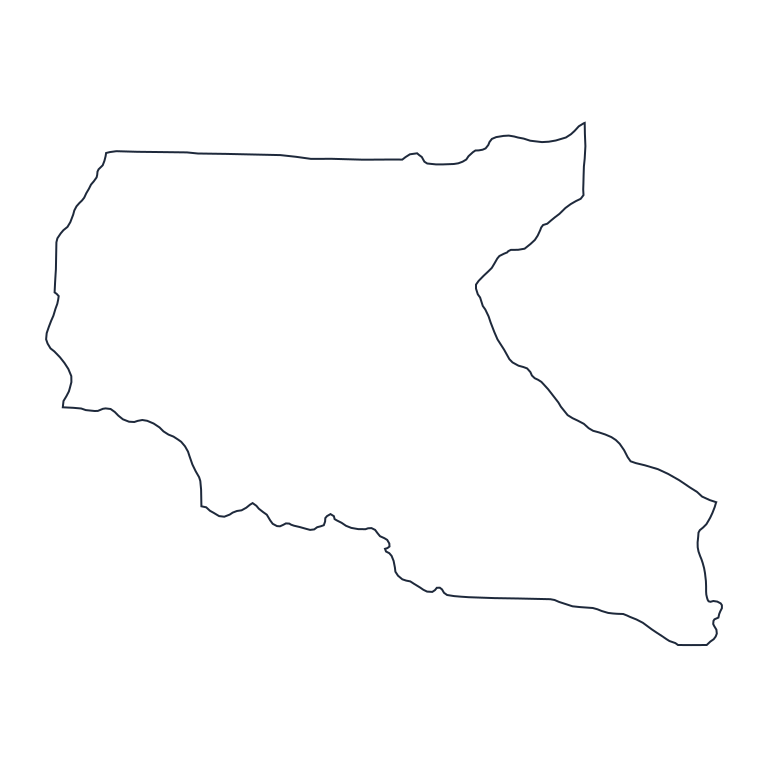 the district of Ivindo, Ogooué-Ivindo, Gabon
{"feature_id": "22940354B21315660080276", "entity_name": "Ivindo", "entity_type": "district", "adm_level": 2, "iso_a3": "GAB", "parent_name": "Gabon", "parent_adm1": "Ogooué-Ivindo", "projection": "mercator", "projection_center": [13.138, 0.623], "detail": "fine", "context": "isolated", "style": "outline", "palette": "slate", "viewbox_px": 768, "rotation_deg": 0, "n_neighbors": 0, "source": "geoboundaries", "source_scale": "gbopen_adm2", "svg_char_len": 4598}
<svg xmlns="http://www.w3.org/2000/svg" viewBox="0 0 768 768"><path d="M116.6,151.2L115.5,151.3L109.8,152.1L106.1,153.0L105.6,156.2L104.4,160.9L102.7,165.3L98.6,169.3L97.5,171.6L97.2,174.9L96.6,177.4L93.8,181.3L91.0,184.6L88.9,188.8L86.3,193.2L84.2,197.7L82.0,200.5L79.4,203.0L76.5,206.3L74.3,210.5L73.2,214.6L70.3,222.2L67.5,226.9L63.4,230.2L60.7,233.4L57.4,238.3L56.4,242.3L56.1,258.2L55.9,269.3L55.5,275.5L55.1,282.2L54.6,292.4L56.7,293.9L58.7,296.1L58.2,299.5L57.3,303.8L55.5,308.7L53.4,315.7L51.2,320.7L48.9,326.7L46.7,333.1L46.1,339.3L47.6,343.6L50.5,348.4L54.3,351.4L60.0,357.3L64.4,362.9L68.3,368.9L71.3,376.1L71.4,382.1L70.0,387.5L68.9,391.4L66.4,396.2L63.5,401.0L62.8,407.3L73.2,407.8L81.2,408.5L85.8,410.1L94.7,411.0L97.9,410.9L102.9,408.8L105.6,408.4L110.6,409.0L114.8,412.0L118.3,415.6L122.9,419.3L129.0,421.7L134.3,422.0L137.6,420.9L142.3,420.0L147.2,420.8L153.6,423.5L159.5,427.4L163.5,431.4L168.5,434.6L173.5,436.6L178.1,439.6L181.2,441.8L185.0,446.3L188.0,451.6L189.4,455.9L192.4,464.5L195.7,471.3L199.1,477.2L200.3,481.0L201.1,489.7L201.4,506.3L206.2,507.3L210.0,510.8L213.6,512.8L219.1,516.1L224.3,516.7L229.7,514.6L232.7,512.6L236.9,511.0L241.6,510.3L246.3,507.7L250.0,504.7L252.6,503.1L256.4,505.8L258.8,508.7L263.0,512.0L266.8,514.7L270.2,520.4L272.7,523.8L277.0,526.1L280.0,526.3L283.3,524.8L285.9,523.4L289.3,523.6L291.1,524.7L294.0,525.7L299.6,527.0L306.0,528.8L310.1,529.9L314.2,529.4L317.2,527.2L320.7,526.3L323.8,525.2L325.1,521.5L325.3,518.1L327.0,516.1L330.5,514.1L333.9,516.2L334.6,519.1L337.0,520.5L341.6,522.8L346.0,525.8L351.3,527.9L358.2,529.1L365.5,529.2L368.0,528.3L371.5,528.1L375.1,529.9L377.7,533.4L380.0,536.2L384.4,538.2L387.2,539.9L389.3,543.5L389.5,546.5L387.4,548.1L385.0,548.8L386.0,551.5L389.3,553.2L391.6,555.9L393.6,560.9L394.9,567.5L395.4,571.7L398.0,575.7L402.3,579.3L406.2,580.6L410.3,581.4L414.0,583.8L419.9,587.4L423.4,589.8L427.1,591.6L432.3,591.9L435.0,590.1L436.8,587.8L439.8,587.7L442.0,589.4L444.0,592.8L447.1,595.0L454.1,596.1L461.2,596.7L464.3,596.9L468.6,597.2L494.3,598.1L518.7,598.5L550.3,599.2L554.6,600.0L559.0,601.9L567.0,604.5L572.5,606.3L580.1,607.1L592.8,608.0L597.5,609.3L601.7,611.0L608.1,612.9L613.1,613.5L617.3,613.8L623.2,614.0L627.0,615.5L630.0,616.9L636.5,619.5L642.9,622.8L651.7,629.3L656.3,632.4L662.0,636.1L666.4,639.1L669.4,641.0L675.4,643.1L678.0,645.0L691.0,645.1L706.7,645.0L710.3,641.6L713.7,639.2L715.7,636.5L716.8,633.6L716.4,629.7L715.5,628.2L714.1,625.9L713.2,624.0L713.5,620.8L714.5,619.3L718.4,617.6L719.2,614.0L720.3,611.3L721.9,608.2L721.9,605.2L720.7,603.4L717.3,601.6L713.3,601.0L710.5,601.8L708.6,601.3L707.7,599.9L707.0,597.7L706.3,594.6L706.1,591.7L706.1,586.3L705.9,581.0L705.4,576.7L705.0,573.2L704.7,571.5L704.1,568.2L702.7,563.0L701.5,559.4L700.1,556.0L698.5,551.5L697.7,547.3L697.6,542.5L698.2,536.7L698.5,532.6L699.8,530.2L703.1,527.5L706.4,524.2L708.3,521.0L710.2,517.7L712.4,513.0L714.7,507.1L716.1,502.4L716.2,502.2L709.8,500.1L702.1,496.6L697.0,491.9L690.0,487.5L679.2,480.2L668.1,473.9L658.0,469.2L644.9,465.3L635.8,463.1L630.6,461.3L627.7,457.2L624.1,450.2L619.7,443.8L615.8,440.0L611.4,437.1L605.3,434.5L599.0,432.4L593.1,430.8L588.7,428.2L583.8,423.8L577.7,420.6L572.6,418.2L567.6,415.1L560.8,406.6L558.4,402.5L548.1,389.2L541.4,381.9L538.1,379.8L534.7,378.2L531.9,375.5L530.4,372.1L527.1,368.4L523.3,367.0L518.5,365.7L512.5,362.4L509.4,359.2L504.1,349.7L497.5,339.4L494.3,332.0L490.6,322.4L488.6,316.4L485.3,309.5L482.8,306.0L480.1,297.5L477.8,294.3L476.0,288.6L476.0,284.6L478.7,280.8L483.7,275.7L488.4,271.3L491.8,267.9L494.5,263.4L497.3,258.5L499.4,256.0L504.0,253.7L507.2,252.4L508.2,251.2L510.8,249.9L518.1,249.8L524.6,248.7L530.6,243.9L534.9,239.9L537.7,235.6L540.2,230.2L541.2,227.5L543.1,225.0L547.3,223.7L551.0,220.5L554.9,217.3L559.4,213.9L565.4,208.0L570.7,204.1L575.9,201.1L580.7,198.8L583.5,195.1L583.2,189.4L583.4,183.6L583.6,175.5L583.9,166.4L584.7,158.6L585.4,146.2L584.9,133.8L584.7,122.9L583.7,123.3L578.8,126.3L574.7,130.8L571.0,134.2L565.9,137.5L555.8,140.5L548.8,141.7L542.0,142.1L535.2,141.3L530.2,140.7L523.7,138.6L517.9,137.5L514.2,136.5L508.8,135.6L503.6,135.9L496.2,137.1L491.9,138.9L489.5,142.0L488.3,145.0L485.6,148.4L482.6,149.7L478.7,150.4L475.4,150.5L472.9,152.2L468.5,156.2L466.3,159.5L462.6,161.7L458.3,163.3L453.8,164.0L442.8,164.4L436.0,164.4L427.2,163.5L424.4,161.7L423.1,159.4L421.8,157.0L419.2,155.1L417.1,153.3L409.9,154.3L405.5,157.1L402.3,159.6L394.9,159.5L363.3,159.7L331.4,158.8L311.1,158.9L296.0,156.8L280.4,155.1L226.2,153.9L197.8,153.5L186.9,152.4L163.2,152.1L137.5,151.8L116.6,151.2Z" fill="none" stroke="#1e293b" stroke-width="2"/></svg>